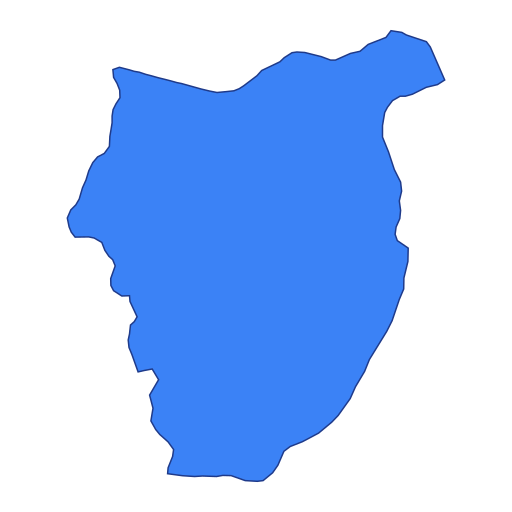 outline of São Simão, Goiás, Brazil
{"feature_id": "56859067B52183336180672", "entity_name": "São Simão", "entity_type": "district", "adm_level": 2, "iso_a3": "BRA", "parent_name": "Brazil", "parent_adm1": "Goiás", "projection": "robinson", "projection_center": [-50.604, -19.016], "detail": "fine", "context": "isolated", "style": "filled", "palette": "blue", "viewbox_px": 512, "rotation_deg": 0, "n_neighbors": 0, "source": "geoboundaries", "source_scale": "gbopen_adm2", "svg_char_len": 1832}
<svg xmlns="http://www.w3.org/2000/svg" viewBox="0 0 512 512"><path d="M444.7,80.0L430.3,47.0L426.4,41.7L406.4,35.0L401.8,32.4L391.0,30.7L386.0,37.4L368.2,44.4L360.0,51.3L350.5,53.4L335.4,60.1L330.6,60.1L321.2,56.6L304.8,52.5L296.9,52.0L292.0,52.7L284.2,57.7L279.9,61.8L261.7,70.5L257.0,75.7L243.7,85.8L239.2,88.7L233.9,90.8L226.5,91.6L217.0,92.5L209.4,91.0L201.1,89.0L181.4,83.5L176.9,82.6L170.8,80.9L165.0,79.4L158.1,77.7L151.0,75.7L145.9,74.4L139.3,72.2L134.1,71.3L129.5,69.9L119.4,67.3L112.9,69.6L113.6,77.4L117.1,83.5L119.7,90.2L120.0,97.7L116.0,103.8L113.1,109.6L112.1,116.0L112.1,122.9L111.0,129.7L109.9,136.3L109.4,146.4L104.3,153.4L97.6,156.9L92.8,162.6L88.8,170.8L86.0,180.0L82.5,187.8L80.7,193.9L79.2,199.1L75.8,204.9L70.8,209.9L67.3,218.0L69.1,226.9L71.3,232.2L75.1,237.1L88.7,236.9L94.1,238.0L101.8,242.4L104.9,250.4L108.9,256.3L112.7,259.7L115.2,265.9L110.7,278.6L110.9,285.5L113.6,290.7L121.8,296.0L129.5,295.7L130.0,301.5L137.1,316.8L134.3,321.6L130.5,325.0L129.5,334.0L128.2,340.0L129.0,347.5L131.9,354.5L138.1,371.9L144.2,370.5L152.2,369.0L158.6,379.7L149.6,395.1L153.0,408.2L150.9,420.9L155.7,429.5L159.8,434.5L168.1,441.9L173.6,449.5L172.6,456.5L168.1,467.8L167.6,473.7L182.4,475.7L194.6,476.5L202.5,476.0L216.5,476.5L222.8,475.4L231.1,475.6L245.2,480.6L257.3,481.3L263.1,480.6L272.6,472.8L277.9,465.2L283.9,451.3L290.2,446.5L302.4,441.7L318.6,433.1L331.8,422.1L338.2,415.4L350.2,398.6L355.5,386.7L364.6,371.4L369.4,359.5L386.7,331.4L392.1,320.7L399.3,299.4L403.7,289.0L403.9,278.0L407.9,261.5L408.2,248.1L397.3,240.6L395.1,234.3L396.1,227.0L399.8,218.6L400.6,210.4L399.3,200.9L401.6,191.1L400.6,182.1L394.3,169.5L388.5,151.9L382.5,137.1L382.5,125.6L384.7,112.5L387.5,107.2L392.5,100.6L400.1,96.2L405.4,96.2L412.4,94.2L426.3,87.3L437.5,84.6L444.7,80.0Z" fill="#3b82f6" stroke="#1e3a8a" stroke-width="1.5"/></svg>